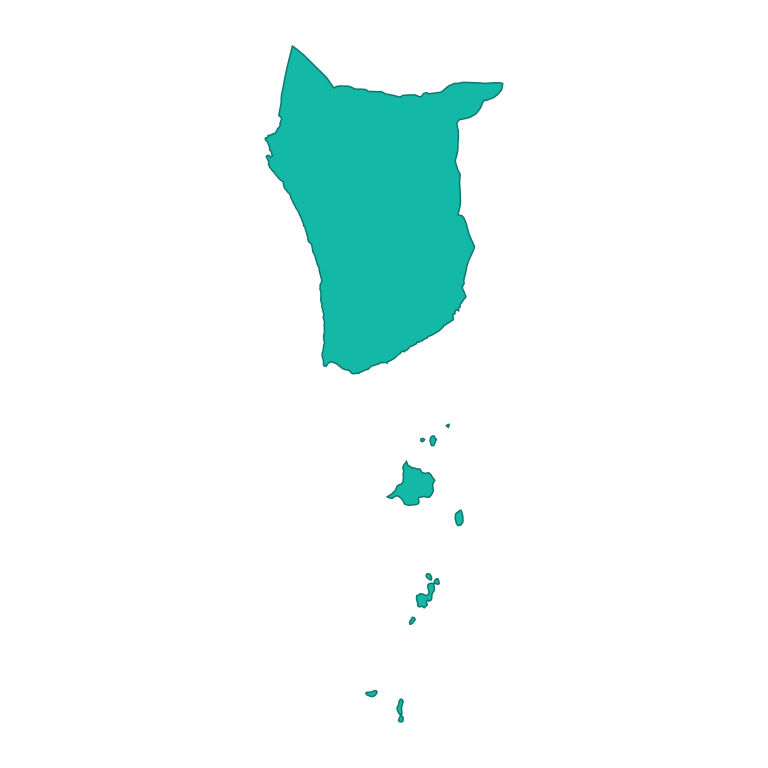 Kaeb, Kep, Cambodia (Natural Earth projection)
{"feature_id": "14789045B37370397224280", "entity_name": "Kaeb", "entity_type": "district", "adm_level": 2, "iso_a3": "KHM", "parent_name": "Cambodia", "parent_adm1": "Kep", "projection": "natural_earth1", "projection_center": [104.317, 10.472], "detail": "fine", "context": "isolated", "style": "filled", "palette": "teal", "viewbox_px": 768, "rotation_deg": 0, "n_neighbors": 0, "source": "geoboundaries", "source_scale": "gbopen_adm2", "svg_char_len": 6094}
<svg xmlns="http://www.w3.org/2000/svg" viewBox="0 0 768 768"><path d="M268.4,163.4L269.5,167.0L271.5,169.6L273.9,172.3L278.8,178.3L280.5,180.0L283.0,181.7L283.9,186.5L284.7,188.4L286.6,190.6L287.8,192.3L290.3,194.6L290.4,196.3L290.8,197.8L291.6,199.2L294.2,204.7L295.2,206.1L295.7,207.6L297.3,210.0L299.1,213.3L299.8,215.3L300.7,216.9L303.6,224.4L303.6,226.0L305.0,226.8L305.2,228.9L306.6,233.1L307.0,235.2L308.0,237.4L307.7,238.8L308.3,240.9L309.5,242.7L310.9,243.4L311.7,244.7L312.9,251.9L314.6,255.0L316.3,260.7L316.9,262.9L317.6,265.0L318.4,266.8L319.3,268.0L319.1,269.9L321.8,280.4L321.0,283.5L320.1,284.6L320.2,287.3L319.9,289.2L320.6,290.8L320.9,292.4L321.0,294.2L320.9,298.0L320.7,299.6L321.9,305.2L321.9,307.1L323.0,310.4L323.0,312.0L323.9,314.0L323.8,315.7L323.1,317.0L324.6,322.4L324.2,323.9L324.4,331.5L324.2,333.8L323.6,335.3L323.7,339.2L324.3,341.4L324.5,343.1L323.7,345.4L323.2,349.7L322.9,351.3L322.2,353.1L322.1,355.8L323.5,361.2L323.5,365.1L324.8,366.4L326.3,366.1L327.6,364.0L328.7,362.9L330.1,362.2L331.6,361.8L333.4,362.4L337.0,364.1L342.2,368.3L344.6,369.5L346.6,369.8L348.9,370.4L350.4,371.8L351.4,373.0L352.6,373.6L354.5,373.8L356.0,373.2L358.8,373.5L359.8,372.2L361.8,371.8L364.6,370.2L368.1,369.3L369.2,368.4L370.1,367.2L371.4,366.3L372.9,365.6L374.2,365.4L377.0,364.3L378.5,364.1L379.9,363.0L381.1,362.7L385.7,362.5L387.5,363.1L387.8,361.6L391.3,360.2L394.2,358.4L398.0,354.9L400.4,353.2L401.3,352.0L403.0,350.9L404.2,351.8L405.5,350.6L407.0,349.9L408.7,348.3L409.9,346.7L411.1,346.1L412.5,345.9L414.0,344.8L416.5,343.7L416.8,342.1L418.3,342.3L419.8,341.7L421.1,340.8L422.5,340.8L423.4,339.6L426.0,338.3L427.3,337.9L428.1,336.5L432.0,335.0L439.4,330.6L442.5,327.6L443.5,326.4L444.2,325.2L445.6,324.9L446.7,323.9L449.4,322.3L453.4,319.6L453.3,318.0L452.9,315.9L453.2,313.9L454.8,314.0L455.0,312.1L456.2,309.6L458.6,310.8L458.6,307.9L460.0,307.2L460.2,304.5L462.2,301.9L463.7,299.4L465.2,298.0L465.9,296.4L465.2,294.9L463.7,290.8L462.7,289.4L462.4,286.6L464.2,283.4L463.7,280.9L464.4,277.5L466.4,269.5L466.7,266.7L467.5,264.0L469.7,258.3L473.6,249.9L474.2,248.1L474.5,246.6L469.7,235.8L468.8,233.3L466.2,223.5L463.9,217.9L461.8,215.6L459.5,215.4L458.0,214.9L460.2,205.4L460.5,202.0L460.2,192.2L459.6,183.9L459.6,181.1L460.2,174.4L458.1,170.4L457.3,168.3L455.9,163.7L455.3,161.0L455.7,158.9L457.0,154.3L457.8,150.1L458.0,142.2L458.4,138.4L458.4,132.4L458.2,130.3L457.3,126.7L456.8,124.0L457.9,121.2L458.9,120.0L461.8,119.2L466.6,118.3L469.9,117.3L474.6,114.7L476.0,113.6L478.2,111.2L480.1,108.5L481.7,105.5L482.2,103.1L484.3,100.4L486.3,100.4L493.8,97.5L497.3,94.8L499.8,92.1L501.2,90.3L502.0,88.3L502.4,86.0L502.7,83.5L500.7,82.9L494.4,82.7L485.1,83.4L479.2,82.9L463.8,82.3L458.2,83.3L454.2,83.5L448.4,86.1L441.3,92.1L435.5,93.0L431.6,93.4L428.6,93.9L426.9,92.6L423.7,93.4L421.3,96.6L419.1,96.6L414.9,94.9L407.4,95.0L403.0,95.4L400.0,97.1L392.9,95.3L385.5,93.9L381.1,91.5L378.1,91.8L371.0,91.4L368.7,91.6L365.7,89.5L360.3,89.1L355.4,89.2L351.3,87.2L348.4,86.2L340.1,86.0L337.2,86.3L333.8,87.9L326.5,77.5L303.1,54.4L296.7,49.2L292.4,46.1L287.5,65.7L284.8,77.9L282.9,88.4L281.5,95.0L281.2,98.7L281.2,101.7L280.9,104.3L278.8,115.4L281.7,118.0L280.7,121.5L279.9,123.5L280.3,125.3L278.9,127.5L277.6,128.6L277.0,130.4L276.0,131.7L275.4,133.5L273.9,133.4L271.1,134.7L269.9,135.5L268.3,135.2L267.6,137.5L265.5,137.9L265.3,139.6L267.8,142.2L268.1,143.9L269.5,146.9L269.7,150.1L271.5,151.6L271.6,154.2L272.6,156.0L270.3,157.3L269.4,155.5L267.5,155.3L266.2,156.6L268.1,160.5L269.1,161.9L268.4,163.4ZM408.4,466.2L406.4,461.4L405.0,463.6L404.0,464.7L402.9,467.1L403.0,468.7L403.7,470.7L403.1,474.6L403.4,478.5L402.9,481.8L401.5,484.0L398.7,484.9L397.0,486.3L395.5,490.3L391.3,494.3L387.2,496.8L389.6,497.9L391.3,498.4L392.8,498.1L394.1,496.8L395.9,496.0L397.9,495.9L400.7,498.0L401.8,499.1L403.1,500.8L404.4,503.9L405.6,504.5L409.0,505.4L411.4,504.9L414.9,504.8L416.6,504.4L418.3,503.7L419.0,502.3L418.8,500.7L418.3,498.2L419.5,497.4L423.6,496.5L425.3,496.7L426.7,497.3L429.5,497.0L430.8,495.6L432.3,493.4L433.0,491.8L433.2,489.7L432.6,484.3L434.8,480.3L432.1,476.8L430.9,474.6L429.1,473.0L427.7,472.7L425.6,473.5L422.5,472.7L421.1,471.3L420.2,469.2L418.2,468.9L416.9,469.1L415.7,468.4L413.7,467.9L411.8,467.8L409.8,466.1L408.4,466.2ZM431.9,594.5L432.7,592.7L433.8,591.4L434.4,589.4L434.4,587.8L433.9,585.3L433.4,583.5L431.6,583.2L428.9,583.9L427.7,585.4L428.0,587.9L429.1,592.5L428.6,594.0L426.7,595.6L425.3,595.3L423.3,594.3L421.4,593.8L419.7,593.9L418.6,595.1L416.7,595.7L416.5,597.3L416.6,599.5L417.3,601.6L418.0,606.1L419.5,606.9L421.4,606.3L423.0,606.9L424.2,607.8L427.4,604.9L426.7,603.2L426.5,600.9L427.5,600.1L428.8,601.2L430.7,600.5L431.7,598.7L431.9,594.5ZM460.0,525.3L461.5,524.3L462.9,522.0L463.0,520.4L462.8,516.2L461.8,512.0L461.1,510.3L459.8,510.4L458.2,511.8L456.9,512.6L455.6,514.1L455.2,517.9L455.3,519.4L456.1,521.8L456.4,523.4L457.9,525.5L460.0,525.3ZM400.7,714.4L402.0,713.6L401.5,708.2L401.9,705.8L402.4,703.8L403.2,701.7L402.6,700.1L401.0,699.1L399.9,699.9L399.2,701.4L398.9,703.4L398.0,706.1L397.1,707.5L397.1,709.5L398.5,712.5L399.2,713.8L400.7,714.4ZM433.8,445.5L434.6,443.5L436.4,439.4L435.0,438.0L434.0,435.9L432.3,436.1L430.9,437.2L430.2,439.4L430.1,441.1L431.5,445.6L433.8,445.5ZM377.1,692.1L375.9,690.6L374.4,690.7L371.3,692.0L369.4,692.3L367.4,692.2L365.9,692.9L366.4,694.6L368.0,695.2L370.2,696.3L372.4,696.6L374.1,696.0L375.2,695.2L376.3,693.8L377.1,692.1ZM431.7,578.0L431.3,576.4L429.9,574.1L428.3,573.7L426.5,574.2L426.1,576.0L426.9,577.4L429.6,579.5L431.0,580.0L431.7,578.0ZM400.7,714.4L399.8,717.1L399.0,718.9L398.5,720.5L399.7,721.8L402.0,721.9L403.0,720.7L403.1,719.0L403.1,717.5L400.7,714.4ZM412.2,623.6L415.2,619.6L414.3,617.7L412.3,617.3L411.5,619.0L410.1,620.9L409.5,622.4L410.0,624.3L412.2,623.6ZM439.2,583.6L439.0,582.1L438.2,579.1L437.0,578.7L435.5,579.5L434.2,581.4L434.9,583.5L437.9,584.3L439.2,583.6ZM423.5,441.2L424.6,439.6L423.6,438.6L422.2,438.5L420.9,439.0L420.6,440.5L421.8,441.7L423.5,441.2ZM449.0,426.0L449.1,424.4L447.8,424.7L446.3,425.6L448.2,427.4L449.0,426.0Z" fill="#14b8a6" stroke="#0f766e" stroke-width="1.5"/></svg>